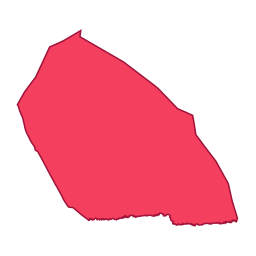 Bulgan, Dornod, Mongolia, rotated 181°
{"feature_id": "93677404B34765270350686", "entity_name": "Bulgan", "entity_type": "district", "adm_level": 2, "iso_a3": "MNG", "parent_name": "Mongolia", "parent_adm1": "Dornod", "projection": "mercator", "projection_center": [114.017, 47.601], "detail": "fine", "context": "isolated", "style": "filled", "palette": "rose", "viewbox_px": 256, "rotation_deg": 181, "n_neighbors": 0, "source": "geoboundaries", "source_scale": "gbopen_adm2", "svg_char_len": 5120}
<svg xmlns="http://www.w3.org/2000/svg" viewBox="0 0 256 256"><g transform="rotate(181 128 128)"><path d="M67.2,33.4L66.6,33.2L66.3,33.2L66.0,33.4L65.0,33.3L64.6,33.1L64.4,33.1L63.9,33.2L63.4,33.4L63.2,33.4L63.2,32.8L62.9,32.4L62.4,32.4L61.4,32.8L61.4,32.6L61.5,32.3L61.5,32.0L61.3,31.7L61.1,31.7L60.9,31.8L60.4,32.3L60.2,32.4L60.0,32.2L59.8,31.6L59.3,31.4L59.1,31.6L58.8,32.3L58.5,32.9L58.2,33.2L57.8,33.3L57.5,33.3L56.9,32.8L56.3,32.7L55.8,32.3L55.6,32.2L53.3,32.6L52.5,32.3L52.2,32.4L51.9,32.8L51.7,32.9L50.8,33.3L50.2,33.6L49.4,33.7L49.2,33.8L47.7,34.1L46.1,33.9L45.4,33.6L44.9,34.0L44.5,34.1L43.9,33.5L43.6,33.5L42.9,33.5L42.4,34.0L41.8,34.1L41.4,34.5L41.0,34.6L39.7,34.3L38.8,34.4L38.4,34.6L38.0,34.4L37.4,34.6L36.4,34.5L35.3,35.0L35.3,34.9L35.4,34.5L35.3,34.3L35.1,34.0L34.7,33.9L34.1,34.3L33.5,33.9L33.1,33.9L32.6,34.0L31.8,34.6L31.6,34.6L31.1,34.4L31.0,35.0L30.5,35.3L30.0,35.2L29.7,35.0L29.4,34.6L29.4,34.4L29.2,34.3L29.1,34.5L29.4,35.3L29.3,35.6L29.2,35.9L28.9,35.9L28.7,35.8L28.4,35.2L28.1,35.1L28.0,35.3L28.0,36.0L27.9,36.1L27.7,36.2L27.2,35.8L26.4,35.8L25.4,35.4L25.1,35.4L24.9,35.6L24.6,36.1L24.5,35.7L24.4,35.5L24.3,35.4L23.8,35.2L23.4,35.3L22.6,35.8L22.4,36.1L22.4,36.5L22.4,37.2L22.1,37.5L21.7,37.5L21.2,37.1L21.0,37.6L20.7,37.6L20.4,37.0L20.1,36.9L19.9,37.0L19.6,37.5L19.3,37.5L18.8,37.2L18.7,36.3L18.5,36.2L18.1,36.2L17.9,36.4L17.7,36.8L17.7,37.3L17.0,39.6L22.7,57.2L26.7,74.0L39.6,96.4L49.8,109.2L60.1,122.6L61.8,132.7L63.6,141.8L78.8,148.2L98.5,167.9L101.7,170.5L133.7,194.0L177.7,218.4L176.9,224.6L194.4,213.9L207.7,207.7L221.2,177.3L231.9,162.5L239.0,149.4L238.7,149.1L238.2,148.0L237.2,145.4L236.7,143.4L235.5,141.0L235.0,139.6L233.4,136.2L232.1,130.9L231.9,130.1L231.7,129.4L231.1,126.6L230.2,123.6L228.8,120.4L227.0,117.1L225.4,114.0L223.9,111.4L222.4,109.5L221.4,107.8L221.2,107.5L220.9,106.9L220.4,104.7L220.1,104.1L219.6,103.7L218.9,103.5L218.0,103.1L216.0,99.7L213.6,95.5L203.8,77.7L201.8,74.4L199.7,70.4L197.6,67.1L196.3,64.7L195.2,62.9L192.4,57.8L191.7,56.1L191.4,55.7L189.9,53.3L187.3,49.5L186.6,48.6L185.9,47.9L181.5,47.4L172.3,39.9L165.8,35.3L165.8,35.0L165.3,35.0L164.9,35.3L164.7,36.0L164.8,36.5L163.9,36.4L163.6,36.6L163.4,36.9L163.2,36.8L163.2,35.9L162.8,35.8L162.0,36.1L161.9,36.0L161.9,35.5L161.6,35.4L160.5,35.8L160.2,36.0L159.3,37.1L158.9,37.3L158.2,37.1L157.9,36.8L157.2,35.7L157.0,35.8L156.6,36.3L156.3,36.5L155.8,36.7L155.5,36.6L155.2,36.3L154.9,35.7L154.2,36.0L153.8,36.0L153.4,35.9L152.9,35.8L152.9,36.0L152.9,36.5L152.6,36.9L152.2,36.8L151.8,36.4L151.6,36.5L151.2,36.7L150.9,36.7L150.7,36.5L150.4,35.8L149.9,36.1L149.8,36.5L148.9,36.5L148.1,36.4L147.6,36.6L147.3,36.6L147.2,36.5L147.2,36.2L146.5,36.0L146.2,35.8L145.7,35.8L145.1,36.0L144.9,36.3L144.9,36.8L144.7,37.0L144.2,36.7L143.2,36.4L142.1,37.1L141.7,37.2L141.1,37.2L140.5,36.9L139.6,36.4L138.7,36.2L138.1,36.0L137.9,36.1L137.7,36.6L137.3,36.9L136.9,36.9L136.4,36.7L136.1,36.7L135.8,37.0L135.8,37.5L135.7,37.7L135.2,37.4L133.8,37.6L133.5,37.8L133.0,38.4L132.7,38.4L132.4,38.3L132.4,37.9L132.2,37.8L131.4,37.8L131.3,38.1L131.6,38.5L131.5,38.9L131.2,39.1L130.2,38.9L129.8,39.4L129.8,39.8L129.7,40.1L129.5,40.3L129.3,40.4L129.1,40.4L128.8,40.2L128.6,39.6L128.7,39.4L129.2,38.8L129.2,38.7L128.8,39.0L128.6,39.2L128.3,39.2L127.9,39.1L127.6,38.6L127.4,38.7L127.5,39.1L127.4,39.2L127.1,39.3L126.8,39.2L126.7,39.1L126.5,38.5L126.4,38.5L126.4,39.1L126.2,39.5L125.9,39.6L125.7,39.6L125.2,39.3L124.9,39.6L124.9,40.4L124.8,40.5L123.9,40.6L123.4,40.5L122.8,40.8L122.3,40.9L121.5,40.8L121.3,40.4L121.4,39.8L121.2,39.6L120.6,40.2L120.4,40.3L120.1,40.2L119.9,40.0L119.9,39.6L119.8,39.4L118.7,38.9L118.6,39.0L118.6,39.5L118.0,39.8L117.8,39.8L117.6,39.5L117.4,39.4L116.7,39.8L116.0,39.9L115.1,39.9L114.5,40.1L113.8,40.1L112.5,40.5L111.1,40.6L110.3,40.6L109.3,41.0L108.9,40.9L108.4,40.6L107.8,40.6L107.2,40.5L106.1,41.1L104.5,41.3L104.1,41.2L103.7,40.9L102.8,40.9L101.3,40.3L101.0,40.4L100.8,40.7L100.5,40.9L100.0,40.7L99.8,40.5L99.6,40.4L99.5,40.5L99.8,41.0L100.0,41.3L99.7,41.7L99.4,41.8L98.9,41.5L98.6,41.7L97.4,41.0L97.2,41.0L97.2,41.7L97.2,41.9L97.0,42.1L96.8,42.2L96.3,42.3L96.1,42.3L95.8,41.7L95.4,41.8L95.4,42.0L95.3,42.7L95.1,43.2L94.9,43.4L94.4,43.4L93.4,43.1L92.8,43.2L92.6,43.1L92.3,42.9L91.9,42.4L91.7,42.4L91.2,42.5L90.9,42.3L91.0,41.8L91.0,41.0L90.8,40.7L90.3,40.7L89.6,41.1L89.4,41.1L88.9,40.9L88.5,40.9L88.3,41.0L88.0,41.7L87.8,42.0L87.4,42.4L87.1,42.4L86.6,42.2L86.2,42.3L85.7,42.2L85.2,41.6L84.4,41.4L84.2,41.0L84.2,40.8L84.4,40.4L84.8,39.8L84.8,39.6L84.8,39.4L84.6,39.2L84.0,39.1L83.9,39.0L83.7,38.1L83.8,37.4L83.7,37.2L83.5,36.6L83.3,36.3L82.5,35.8L82.3,35.7L81.5,35.7L81.4,35.6L81.4,35.0L81.7,33.9L81.6,33.2L81.0,33.0L80.7,32.7L80.3,32.7L80.0,32.9L79.8,33.1L79.7,33.1L79.5,32.9L78.9,32.7L78.2,31.9L77.6,31.8L77.2,32.3L76.6,32.2L76.3,32.2L76.2,32.4L76.3,32.6L76.3,32.8L76.0,33.0L75.3,32.8L75.2,32.6L75.2,32.3L75.1,32.2L74.5,32.3L74.3,32.3L73.4,32.1L73.0,32.4L72.9,32.5L72.2,32.4L72.1,32.5L71.7,33.4L71.6,33.5L71.3,33.4L71.1,33.3L71.0,32.7L70.5,33.0L70.0,33.1L69.5,33.1L69.3,32.9L69.0,32.9L68.3,33.3L68.1,33.3L67.6,33.1L67.4,33.4L67.2,33.6L67.2,33.4Z" fill="#f43f5e" stroke="#9f1239" stroke-width="1.5"/></g></svg>